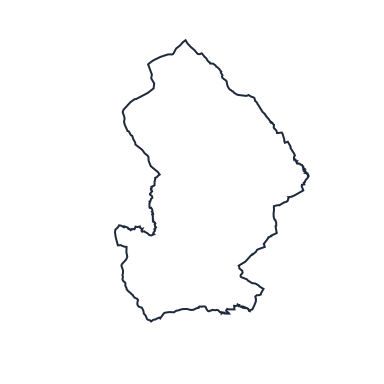 outline of Sinca, Brasov, Romania, rotated 147°
{"feature_id": "2599482B93620310031935", "entity_name": "Sinca", "entity_type": "district", "adm_level": 2, "iso_a3": "ROU", "parent_name": "Romania", "parent_adm1": "Brasov", "projection": "mercator", "projection_center": [25.18, 45.726], "detail": "fine", "context": "isolated", "style": "outline", "palette": "slate", "viewbox_px": 384, "rotation_deg": 147, "n_neighbors": 0, "source": "geoboundaries", "source_scale": "gbopen_adm2", "svg_char_len": 5921}
<svg xmlns="http://www.w3.org/2000/svg" viewBox="0 0 384 384"><g transform="rotate(147 192 192)"><path d="M204.6,298.3L206.6,296.8L207.0,295.1L207.3,294.4L207.6,292.8L208.5,290.3L210.8,287.9L211.8,284.8L212.8,278.3L212.0,277.3L212.3,273.0L211.5,271.6L212.4,268.7L212.7,264.5L213.6,262.6L211.1,255.5L210.8,254.2L210.6,250.3L209.4,246.4L209.5,245.0L211.4,241.8L212.5,236.1L209.8,227.5L209.6,224.2L211.7,224.1L213.3,223.6L215.2,223.9L215.8,222.9L218.0,220.8L219.7,218.1L220.4,218.0L223.2,218.5L223.5,217.4L224.6,217.3L225.1,216.5L225.2,216.2L224.8,215.6L225.1,214.2L226.0,214.2L226.7,213.7L228.0,213.5L228.6,212.9L228.6,212.3L228.2,211.7L227.8,210.3L228.4,208.7L230.2,208.5L231.7,207.1L232.8,207.2L233.0,206.0L234.2,205.4L235.2,203.4L235.9,202.6L236.1,201.9L236.0,201.5L234.9,201.1L234.9,198.9L235.8,197.2L236.4,197.2L236.2,195.8L236.5,194.8L237.3,195.1L237.8,194.8L237.5,194.1L238.1,192.8L238.8,192.1L239.0,191.2L239.9,190.3L239.7,189.6L240.8,188.6L240.7,188.1L240.2,187.8L239.8,186.5L240.2,186.2L240.0,185.4L241.1,184.9L241.2,184.2L241.8,183.2L241.4,182.0L242.4,181.8L242.8,181.1L243.8,181.3L244.2,179.7L246.5,178.9L247.0,178.4L246.9,177.9L247.5,177.8L247.2,177.3L249.7,177.7L250.8,178.6L251.3,179.3L251.8,181.6L253.2,184.1L253.5,185.1L255.5,185.9L255.5,187.0L253.6,188.1L254.0,188.2L254.9,190.0L254.9,190.5L254.5,191.5L256.9,192.3L258.2,193.7L260.5,192.1L261.3,193.0L262.9,193.3L263.1,193.9L264.2,193.4L264.7,195.1L265.4,195.5L265.5,196.1L265.1,196.3L265.3,197.2L268.1,200.9L267.7,199.5L268.3,199.4L269.7,202.3L271.4,203.8L273.3,202.7L276.7,202.2L278.5,200.2L280.8,195.2L283.2,187.6L280.7,186.2L278.8,183.3L276.8,181.6L279.9,177.1L281.5,173.0L283.8,171.3L290.3,169.6L291.4,168.5L292.5,164.0L293.0,163.1L294.5,161.1L295.6,160.2L296.0,158.7L298.0,156.4L298.1,154.5L297.5,152.8L297.5,151.8L298.9,149.9L299.3,146.9L299.8,146.2L299.5,143.6L298.6,140.9L298.1,138.4L297.7,137.7L297.9,137.0L297.8,135.1L296.2,132.2L296.1,130.7L297.4,129.7L298.9,127.8L299.2,126.8L299.3,125.7L298.9,124.5L297.1,122.4L297.4,119.1L298.6,116.2L298.2,113.9L298.9,109.8L298.4,108.7L297.1,107.2L296.8,105.7L294.0,105.9L292.0,105.0L290.4,105.0L287.6,104.3L287.5,103.3L281.6,105.6L280.2,105.4L276.1,103.5L272.8,101.0L269.8,101.0L267.4,99.9L266.5,99.9L263.4,98.8L259.8,96.5L257.3,93.8L255.2,92.5L251.4,92.0L249.4,91.2L248.9,91.9L248.0,91.8L246.7,90.8L244.3,89.6L243.2,88.4L243.6,85.5L243.5,83.8L243.1,83.1L242.5,82.6L241.2,82.6L240.1,82.0L239.2,82.1L236.9,80.2L235.3,79.5L234.3,78.3L234.2,76.9L234.0,76.1L233.5,75.6L233.4,75.2L233.0,75.4L232.7,75.1L233.1,74.4L232.3,74.7L231.4,73.9L232.0,73.8L232.0,73.5L231.3,73.2L231.1,72.7L230.5,72.7L230.6,72.4L230.2,72.3L230.1,71.8L227.1,69.8L227.1,70.5L227.8,72.4L227.9,74.0L226.2,74.8L224.8,73.3L220.3,70.4L218.7,73.6L217.7,72.7L216.3,72.1L215.6,72.3L215.0,72.9L214.5,71.9L214.2,71.7L214.8,71.4L214.9,70.7L214.3,70.4L213.9,69.6L213.0,69.4L212.8,68.9L213.1,68.5L212.9,68.3L212.1,68.4L212.0,67.8L212.2,67.4L211.8,67.3L211.2,67.6L210.9,67.0L211.1,66.3L211.3,66.2L211.0,65.9L210.2,66.2L209.9,65.8L209.8,65.0L208.9,64.4L208.5,63.4L208.8,62.9L208.5,62.0L208.9,61.2L208.4,60.6L208.1,61.1L207.3,61.2L205.3,60.7L201.9,62.7L198.2,65.3L196.4,67.8L196.5,68.4L195.8,69.9L193.8,70.1L192.0,69.0L190.3,68.5L189.1,69.6L184.8,71.8L186.8,75.8L186.9,77.0L188.3,80.0L189.3,81.3L191.2,82.8L193.4,87.4L193.5,88.8L197.1,93.8L197.2,94.5L197.0,95.2L196.1,96.0L194.8,96.2L193.4,96.9L192.8,98.7L193.9,102.1L193.2,103.4L193.0,104.8L185.3,104.5L176.6,106.8L175.5,107.0L175.4,106.5L171.0,107.0L169.1,108.0L167.5,107.9L160.9,106.3L160.6,107.5L160.1,108.4L160.2,109.3L153.0,111.9L152.8,112.4L149.5,111.8L149.3,112.3L143.3,111.4L140.6,117.8L139.7,117.8L138.0,120.7L137.4,123.2L137.8,123.6L137.5,125.4L136.7,127.3L134.8,130.2L133.2,132.0L131.1,135.5L128.2,134.6L126.3,133.7L126.0,133.3L120.4,133.1L117.9,132.3L117.1,132.6L116.5,132.5L115.5,133.3L115.3,133.8L114.2,134.2L113.8,134.5L113.9,135.2L111.5,134.0L108.9,133.4L97.8,132.7L97.0,136.5L96.7,137.3L95.9,138.2L93.7,137.2L93.2,138.9L91.7,138.9L91.5,139.3L90.2,140.1L87.7,140.7L85.5,141.8L85.5,142.1L85.9,142.6L85.2,143.2L85.5,143.8L85.3,144.0L85.5,144.5L85.2,144.7L85.8,145.3L85.4,145.2L85.4,145.4L85.8,146.2L85.5,146.1L85.7,147.1L86.2,147.3L86.2,147.5L85.9,147.4L85.8,147.6L86.4,147.8L86.6,148.4L86.1,148.3L86.2,148.9L85.7,149.0L86.3,149.5L86.3,150.4L85.6,150.5L86.0,150.8L85.5,150.7L85.6,151.4L85.8,151.3L85.7,151.8L85.5,152.3L85.4,152.1L85.0,152.2L84.8,152.9L85.2,153.9L85.0,154.7L86.1,155.9L86.2,156.9L87.2,157.7L87.1,157.9L87.7,158.5L88.3,158.5L88.5,158.9L88.3,159.7L87.7,160.1L87.9,160.7L87.6,160.8L87.8,160.9L87.8,161.8L88.0,161.9L87.7,162.4L87.9,162.6L87.8,162.8L88.0,163.0L87.8,163.2L88.0,163.6L88.5,163.6L88.3,163.9L88.5,164.1L87.4,165.8L85.8,166.6L85.5,168.5L85.4,175.4L84.6,176.2L84.3,182.0L87.3,182.7L86.8,184.6L86.2,185.2L84.2,192.0L84.3,192.9L88.6,195.1L87.8,197.3L88.2,200.2L88.5,200.5L88.2,201.9L86.7,203.6L87.0,204.9L86.9,205.8L87.3,206.8L87.7,206.8L87.4,207.5L88.1,207.7L88.2,208.1L87.9,209.0L88.0,211.9L88.3,212.7L88.2,213.8L88.6,214.8L88.4,215.7L88.6,217.0L88.3,217.4L89.2,220.7L89.0,228.9L89.1,230.2L88.9,230.8L89.0,232.9L89.4,234.0L88.5,236.8L88.8,237.7L90.6,240.0L91.7,242.5L93.8,242.9L94.6,243.4L100.5,248.3L101.3,249.4L102.8,252.6L102.7,253.8L103.4,254.5L103.9,256.4L104.6,257.6L104.6,259.5L104.4,261.8L102.7,266.1L103.0,267.7L103.9,269.7L104.3,271.2L104.0,272.5L102.9,273.2L102.8,276.4L101.9,277.0L102.2,278.5L102.1,279.9L102.7,282.6L103.4,284.0L103.3,285.2L104.4,288.1L106.8,289.9L106.5,290.9L106.9,291.4L107.4,293.8L107.2,295.5L107.5,297.8L107.8,298.2L108.2,302.7L108.6,303.2L110.3,303.3L111.7,304.3L112.1,305.0L112.6,309.4L114.2,314.9L114.3,316.1L114.9,319.0L114.7,322.8L117.9,322.6L122.1,321.4L127.1,321.0L132.6,318.0L134.1,318.3L135.2,319.3L137.4,320.5L144.9,322.5L152.3,323.4L155.3,323.4L159.3,323.0L161.7,312.3L164.3,309.6L164.6,303.6L167.8,299.8L175.2,299.2L188.4,300.4L189.6,301.1L194.6,300.9L204.6,298.3Z" fill="none" stroke="#1e293b" stroke-width="2"/></g></svg>